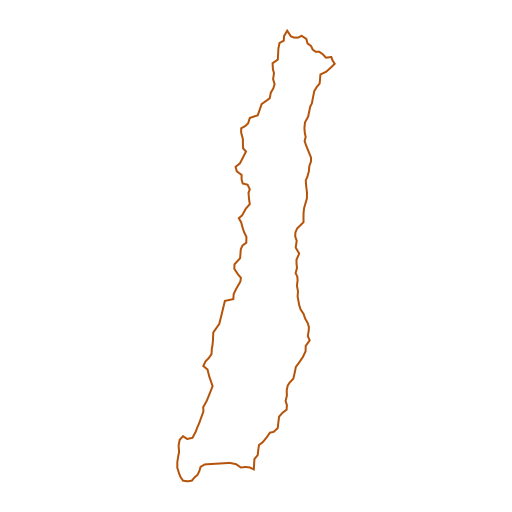 outline of Irapuru, São Paulo, Brazil
{"feature_id": "56859067B68587669749429", "entity_name": "Irapuru", "entity_type": "district", "adm_level": 2, "iso_a3": "BRA", "parent_name": "Brazil", "parent_adm1": "São Paulo", "projection": "orthographic", "projection_center": [-51.345, -21.468], "detail": "fine", "context": "isolated", "style": "outline", "palette": "amber", "viewbox_px": 512, "rotation_deg": 0, "n_neighbors": 0, "source": "geoboundaries", "source_scale": "gbopen_adm2", "svg_char_len": 2526}
<svg xmlns="http://www.w3.org/2000/svg" viewBox="0 0 512 512"><path d="M253.8,469.4L254.2,462.9L254.4,459.1L257.7,455.1L258.3,449.6L259.0,445.0L262.9,442.0L266.9,437.1L269.9,432.7L273.6,431.9L277.7,428.1L278.5,421.3L279.1,416.6L282.5,412.8L286.6,409.7L286.9,405.1L285.6,400.9L286.9,395.6L286.7,390.4L287.7,385.6L289.7,382.5L293.3,378.7L294.4,374.1L295.9,366.8L298.8,363.0L303.0,356.8L305.6,351.2L305.7,345.9L309.7,340.4L307.8,336.0L308.7,330.9L308.9,327.0L307.6,322.8L305.3,318.9L303.5,313.8L300.6,309.4L299.2,305.2L297.6,296.3L298.0,291.4L296.9,285.6L297.6,280.4L297.3,276.6L295.6,273.1L297.0,268.0L296.5,263.5L296.5,259.6L299.2,253.6L295.7,247.6L296.7,240.7L295.2,236.5L295.4,232.5L297.1,228.5L303.5,222.2L303.5,217.1L303.6,212.5L304.1,208.1L306.9,198.4L307.0,192.5L306.1,185.7L305.8,180.3L307.4,176.7L308.9,171.2L309.3,166.2L311.0,161.4L311.0,157.5L308.8,152.1L305.9,144.9L304.6,141.0L305.7,136.9L304.8,132.9L304.4,128.1L305.0,122.4L308.2,116.5L309.1,112.0L310.2,106.7L311.9,103.3L312.9,97.9L314.3,91.0L317.0,86.6L319.6,83.6L320.0,79.7L320.4,74.5L326.4,71.6L331.3,67.1L334.7,63.8L332.6,60.6L331.3,57.0L326.0,57.7L322.6,54.1L319.1,51.7L315.7,51.8L312.7,49.6L311.1,46.1L307.5,43.4L306.3,38.9L301.6,35.8L298.1,37.6L294.3,37.6L290.9,36.4L287.2,30.7L284.0,36.2L283.8,40.6L279.5,43.0L278.4,48.5L277.8,59.6L272.6,63.2L272.9,69.3L274.0,73.1L273.1,79.1L274.6,84.3L273.3,88.4L270.8,92.7L269.7,98.3L261.6,104.1L259.8,109.5L257.7,115.3L253.7,116.6L249.8,117.9L248.1,123.4L245.3,126.0L241.2,128.3L241.1,132.3L242.9,139.2L242.9,143.0L243.1,148.4L246.0,151.5L244.4,154.7L239.9,163.4L235.6,166.8L236.8,171.4L241.6,174.9L241.6,179.5L242.7,183.5L247.6,184.7L249.8,189.3L248.5,192.9L249.1,199.7L249.8,204.1L245.7,208.8L242.2,215.3L238.8,218.2L241.2,222.4L242.5,227.4L243.9,231.7L246.4,236.9L246.3,242.7L242.5,245.5L240.8,249.2L240.1,258.2L234.5,264.3L234.3,268.8L238.0,274.4L240.9,277.8L240.4,281.5L236.0,289.2L233.7,294.0L233.3,299.1L224.9,300.9L219.3,323.9L213.3,332.4L212.9,341.2L212.5,345.1L211.8,348.9L211.5,354.2L208.8,358.0L205.5,361.4L203.3,366.0L207.5,369.5L209.2,376.3L212.6,386.2L208.5,396.5L206.7,400.9L203.2,407.2L203.4,411.6L201.9,415.6L199.1,423.4L197.2,427.7L195.7,431.7L192.5,437.8L187.2,439.0L183.0,436.2L179.7,439.8L178.6,445.4L179.1,452.1L178.3,455.7L177.3,462.2L177.3,467.8L179.0,473.2L180.5,477.0L183.0,480.7L187.6,481.3L191.8,480.7L194.6,477.3L197.4,475.0L199.3,471.2L200.6,466.8L204.9,464.4L229.8,462.9L236.1,464.2L240.9,467.5L245.6,467.0L249.5,467.4L253.8,469.4Z" fill="none" stroke="#b45309" stroke-width="2"/></svg>